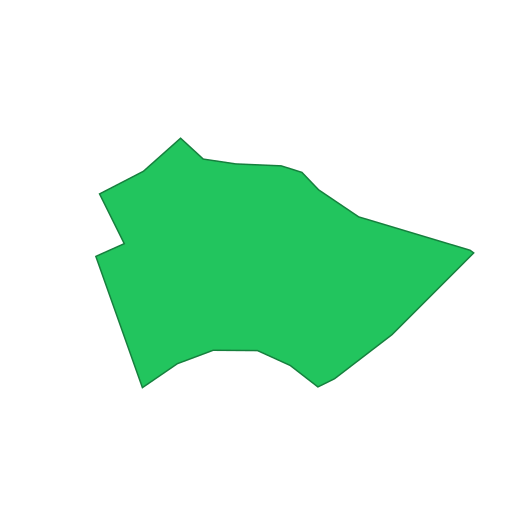 Gangdong-gu, Seoul, South Korea, rotated 51°
{"feature_id": "91817680B8309013283439", "entity_name": "Gangdong-gu", "entity_type": "district", "adm_level": 2, "iso_a3": "KOR", "parent_name": "South Korea", "parent_adm1": "Seoul", "projection": "albers", "projection_center": [127.15, 37.543], "detail": "fine", "context": "isolated", "style": "filled", "palette": "green", "viewbox_px": 512, "rotation_deg": 51, "n_neighbors": 0, "source": "geoboundaries", "source_scale": "gbopen_adm2", "svg_char_len": 431}
<svg xmlns="http://www.w3.org/2000/svg" viewBox="0 0 512 512"><g transform="rotate(51 256 256)"><path d="M386.3,86.0L290.2,151.6L244.0,165.7L219.9,167.7L201.8,179.7L171.6,213.9L147.5,236.0L117.0,240.5L119.3,290.2L109.3,338.5L163.5,350.6L155.5,380.7L286.8,427.1L290.2,384.8L302.3,348.6L330.4,314.4L362.6,298.3L396.7,290.3L400.8,272.2L402.7,199.8L390.6,84.9L386.3,86.0Z" fill="#22c55e" stroke="#15803d" stroke-width="1.5"/></g></svg>